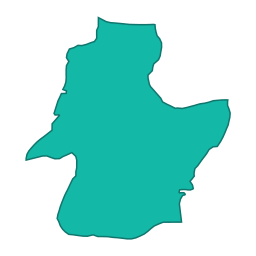 Qafl Shammar, Hajjah, Yemen (Natural Earth projection), rotated 269°
{"feature_id": "15242507B49516524141793", "entity_name": "Qafl Shammar", "entity_type": "district", "adm_level": 2, "iso_a3": "YEM", "parent_name": "Yemen", "parent_adm1": "Hajjah", "projection": "natural_earth1", "projection_center": [43.357, 15.907], "detail": "fine", "context": "isolated", "style": "filled", "palette": "teal", "viewbox_px": 256, "rotation_deg": 269, "n_neighbors": 0, "source": "geoboundaries", "source_scale": "gbopen_adm2", "svg_char_len": 2630}
<svg xmlns="http://www.w3.org/2000/svg" viewBox="0 0 256 256"><g transform="rotate(269 128 128)"><path d="M97.7,25.6L101.5,42.1L101.5,46.4L99.9,50.3L98.5,54.3L98.6,59.1L100.6,62.5L102.4,66.9L104.4,71.4L100.6,75.3L96.7,76.2L92.9,76.1L92.4,76.1L89.0,76.0L85.0,75.1L82.7,75.1L81.1,75.1L78.1,71.9L74.2,69.9L70.1,67.9L66.1,65.9L65.5,65.5L61.8,63.6L59.7,62.7L57.6,61.8L54.0,60.3L50.4,58.9L46.7,57.8L42.7,56.4L38.7,55.6L36.6,56.7L35.0,57.4L31.3,58.7L27.9,60.9L25.1,63.6L22.7,66.9L22.2,71.4L21.4,76.2L20.7,81.0L20.5,85.6L21.8,91.2L20.0,96.0L19.9,101.3L19.7,105.8L18.9,111.1L18.5,115.6L17.9,120.3L17.2,125.1L17.2,125.5L17.1,129.6L18.1,134.1L19.8,138.2L21.8,142.5L24.5,146.2L27.1,149.2L29.6,152.5L31.6,157.2L33.2,161.5L33.0,179.9L51.4,178.0L55.9,179.2L56.1,179.3L59.3,181.2L60.0,182.5L60.0,183.2L60.2,183.7L60.5,184.0L61.0,183.9L61.7,183.5L62.3,182.7L62.4,181.8L62.4,180.4L62.4,180.2L62.2,178.6L62.8,177.9L65.2,178.5L65.5,180.8L65.5,182.1L65.5,183.1L65.4,185.1L65.1,186.3L65.0,188.3L65.0,189.3L65.8,191.6L66.2,192.2L68.8,191.7L70.0,191.4L73.6,189.1L76.0,191.2L77.8,192.6L78.7,193.4L81.0,193.2L83.2,193.5L86.3,194.2L89.1,197.1L89.3,197.2L94.6,201.1L100.9,206.1L105.1,208.7L107.7,212.7L108.0,217.0L109.4,217.9L113.0,220.4L117.1,222.7L121.6,224.8L122.3,225.1L122.9,225.4L125.4,226.4L129.3,228.2L133.0,229.0L136.9,230.0L141.2,230.4L145.1,229.3L146.3,228.9L148.8,227.9L152.7,228.0L153.8,228.2L154.3,228.3L154.4,226.6L154.4,222.4L154.1,218.0L153.8,213.8L152.5,209.7L151.5,205.3L150.9,200.5L149.8,196.3L149.5,195.4L148.6,191.7L147.5,187.3L146.6,182.8L146.9,179.3L147.1,177.9L146.9,175.5L149.8,170.0L150.8,167.8L153.5,163.0L157.2,161.3L158.1,160.5L162.7,156.6L169.0,151.2L171.4,150.1L174.0,149.6L177.6,148.9L180.5,148.9L184.9,153.3L188.1,153.8L189.0,154.0L191.7,154.9L195.7,159.7L199.5,161.4L203.5,162.1L208.0,163.0L212.5,163.0L216.7,161.2L219.7,158.7L223.4,157.7L227.2,157.0L230.8,156.8L231.1,155.5L231.0,150.6L231.0,145.8L231.1,141.1L231.3,136.0L231.5,131.4L232.1,126.4L232.6,122.2L233.2,116.8L233.6,112.4L234.7,108.1L236.9,104.0L238.9,100.3L237.7,100.3L233.8,100.2L229.8,100.1L226.2,98.4L222.4,98.3L218.3,98.3L218.0,98.1L215.0,95.9L214.0,92.5L212.3,87.9L211.2,83.3L211.5,79.5L211.2,78.9L209.3,75.4L208.0,70.8L203.3,68.4L202.7,68.3L199.4,67.7L195.6,70.0L191.5,67.6L187.6,67.2L183.7,67.1L183.1,67.1L179.0,67.1L175.1,66.7L171.2,65.4L167.6,63.5L166.2,67.1L163.7,66.8L163.6,62.0L160.1,60.4L156.4,58.5L143.8,54.3L142.3,55.3L142.3,59.0L141.9,59.6L141.4,59.3L133.5,52.2L133.1,52.2L127.1,52.0L120.9,43.8L118.5,40.4L115.9,37.1L113.0,34.1L109.8,31.1L106.8,28.5L103.3,26.5L99.2,25.6L97.7,25.6Z" fill="#14b8a6" stroke="#0f766e" stroke-width="1.5"/></g></svg>